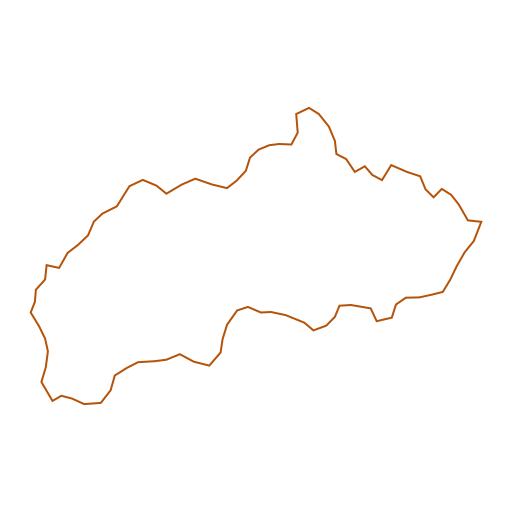 Louveira, São Paulo, Brazil
{"feature_id": "56859067B25625796760656", "entity_name": "Louveira", "entity_type": "district", "adm_level": 2, "iso_a3": "BRA", "parent_name": "Brazil", "parent_adm1": "São Paulo", "projection": "robinson", "projection_center": [-46.935, -23.083], "detail": "fine", "context": "isolated", "style": "outline", "palette": "amber", "viewbox_px": 512, "rotation_deg": 0, "n_neighbors": 0, "source": "geoboundaries", "source_scale": "gbopen_adm2", "svg_char_len": 1248}
<svg xmlns="http://www.w3.org/2000/svg" viewBox="0 0 512 512"><path d="M309.0,107.9L296.2,114.0L297.7,132.6L291.4,144.5L279.1,144.0L269.3,145.2L258.6,149.6L250.0,157.6L245.9,170.7L236.7,180.6L227.0,188.1L212.0,184.5L195.3,178.7L181.9,184.5L166.4,193.7L156.6,185.7L142.8,179.9L129.4,186.2L116.9,206.3L102.4,213.6L93.9,221.6L88.0,235.4L78.0,244.9L67.7,252.8L59.1,267.9L46.6,265.2L45.1,279.5L35.9,289.7L34.9,301.8L30.7,312.5L39.1,326.3L45.1,338.6L47.9,351.3L45.8,367.2L41.4,382.0L52.5,400.9L61.3,395.8L71.9,398.5L84.2,404.1L100.8,402.9L110.6,390.3L114.8,375.5L126.7,368.0L138.0,362.2L154.7,361.2L166.4,359.7L179.8,354.2L193.8,361.7L209.3,365.6L220.6,352.5L222.6,339.1L227.0,324.8L237.1,310.5L247.9,306.9L260.9,312.5L270.9,312.0L285.6,315.1L304.4,322.7L313.4,330.4L326.3,325.6L334.9,316.8L339.5,305.7L351.0,305.0L370.7,308.4L376.7,321.2L391.8,317.6L396.0,304.5L405.8,297.7L419.2,297.4L430.3,295.0L442.8,291.9L450.3,279.5L456.6,266.4L464.6,252.4L473.8,241.0L481.3,221.8L467.9,220.4L458.7,204.4L451.2,194.9L441.8,188.9L433.6,197.3L425.5,189.3L420.2,176.3L406.9,171.9L391.2,165.1L382.0,180.1L372.4,175.0L364.8,166.3L354.8,171.9L346.2,159.1L336.4,154.0L334.9,140.9L328.9,126.6L318.8,114.0L309.0,107.9Z" fill="none" stroke="#b45309" stroke-width="2"/></svg>